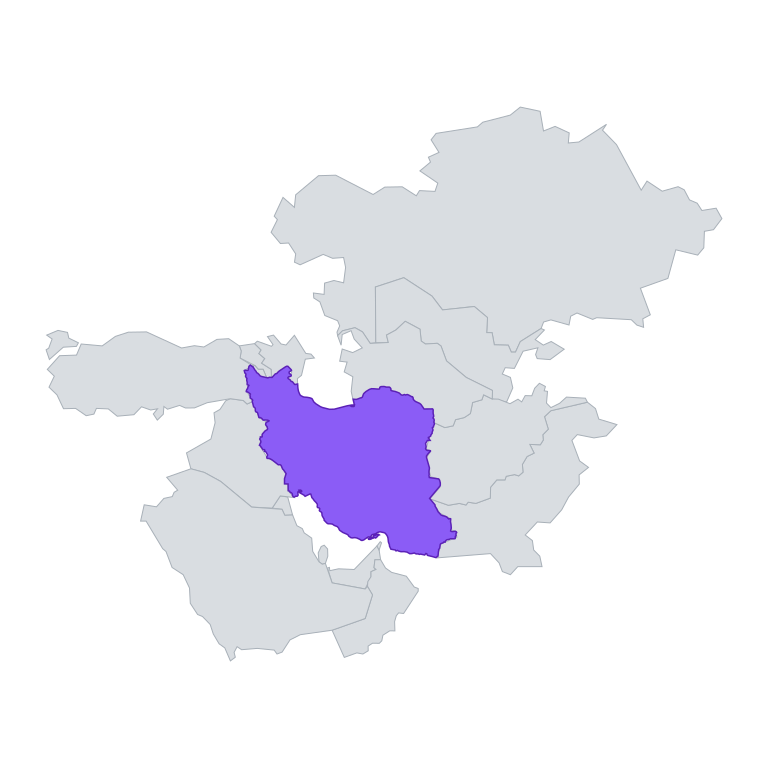 Iran highlighted, Mercator projection
{"feature_id": "IRN", "entity_name": "Iran", "entity_type": "country or territory", "adm_level": 0, "iso_a3": "IRN", "parent_name": "Asia", "parent_adm1": "", "projection": "mercator", "projection_center": [53.162, 32.435], "detail": "fine", "context": "with_neighbors", "style": "filled", "palette": "violet", "viewbox_px": 768, "rotation_deg": 0, "n_neighbors": 14, "source": "natural_earth", "source_scale": "50m", "svg_char_len": 13880}
<svg xmlns="http://www.w3.org/2000/svg" viewBox="0 0 768 768"><path d="M721.9,218.6L713.5,229.7L704.4,231.3L703.8,247.8L697.7,255.1L675.8,249.8L667.9,278.4L640.4,288.2L650.3,314.8L642.8,318.8L643.6,327.3L636.9,325.1L631.3,319.7L596.7,317.7L592.7,319.4L577.0,313.0L570.7,316.2L569.0,325.0L550.9,319.9L543.6,322.0L541.1,328.5L520.3,341.6L515.5,352.1L511.3,352.1L508.3,345.2L494.3,344.8L492.1,332.7L486.7,332.6L487.5,317.6L474.3,306.5L442.5,309.9L432.0,296.1L403.8,277.7L375.4,287.0L375.8,342.7L370.2,343.4L362.5,331.9L355.0,327.7L342.5,330.8L337.6,335.7L337.0,332.1L339.7,325.9L337.6,320.7L324.8,315.5L319.9,301.9L313.8,298.0L313.4,293.0L324.1,294.4L324.6,283.1L333.9,280.5L343.6,282.8L345.6,267.4L343.6,257.5L332.6,258.3L323.2,254.4L300.1,264.8L294.5,262.2L295.7,253.9L288.6,243.0L280.4,243.5L271.1,232.3L277.4,219.6L274.2,216.2L283.0,197.4L294.4,207.4L295.7,194.8L318.5,175.7L335.7,175.2L373.1,194.5L384.8,187.1L402.2,186.8L416.3,195.8L419.5,190.6L435.0,191.4L437.8,183.1L419.9,170.9L430.5,162.1L428.4,157.2L439.0,152.4L431.1,139.8L436.1,133.4L477.4,126.9L482.8,122.2L510.3,115.1L520.3,107.1L540.1,111.3L543.5,131.0L555.1,126.4L569.2,132.9L568.3,143.0L578.9,142.0L606.5,124.3L602.5,130.2L616.5,144.6L641.2,190.2L647.0,181.1L662.2,191.2L678.1,186.7L684.2,189.8L689.5,199.9L697.2,203.2L701.9,210.5L716.1,208.2L721.9,218.6Z" fill="#d9dde1" stroke="#a8b0b8" stroke-width="1"/><path d="M375.8,342.7L375.4,287.0L403.8,277.7L432.0,296.1L442.5,309.9L474.3,306.5L487.5,317.6L486.7,332.6L492.1,332.7L494.3,344.8L508.3,345.2L511.3,352.1L515.5,352.1L520.3,341.6L541.1,328.5L544.4,330.0L535.2,339.6L543.3,345.1L551.2,341.5L564.2,349.2L550.1,359.6L537.2,358.6L535.6,354.6L537.9,347.8L523.1,351.2L514.4,368.4L505.2,367.7L502.3,374.0L510.4,377.4L512.8,387.9L506.6,402.0L492.2,399.0L492.5,390.5L466.3,377.5L446.5,360.9L441.0,346.0L437.3,343.3L425.4,344.0L421.2,341.0L420.0,329.2L405.2,321.3L395.9,330.0L386.5,335.1L388.3,342.5L375.8,342.7Z" fill="#d9dde1" stroke="#a8b0b8" stroke-width="1"/><path d="M327.5,568.0L329.4,567.4L329.8,570.7L338.5,568.8L354.2,569.5L377.0,545.9L379.1,550.1L380.6,559.7L374.9,559.8L374.0,567.7L376.0,569.4L371.0,571.7L371.0,576.7L365.2,589.0L332.1,582.9L327.5,568.0Z" fill="#d9dde1" stroke="#a8b0b8" stroke-width="1"/><path d="M319.0,561.8L318.2,552.9L321.2,546.5L324.2,545.2L327.6,549.0L327.8,556.2L325.4,563.4L322.3,564.2L319.0,561.8Z" fill="#d9dde1" stroke="#a8b0b8" stroke-width="1"/><path d="M287.7,497.0L292.6,515.0L284.8,515.3L282.0,509.3L272.2,508.1L280.3,495.9L287.7,497.0Z" fill="#d9dde1" stroke="#a8b0b8" stroke-width="1"/><path d="M190.9,468.8L186.5,452.9L210.9,439.0L215.1,422.8L214.0,412.8L220.0,409.4L225.7,400.8L230.4,398.7L243.3,400.5L247.1,404.0L252.4,401.6L259.6,418.0L266.8,422.1L267.6,430.0L262.1,434.6L259.5,445.1L267.1,457.6L280.7,464.8L286.3,474.7L284.5,484.0L288.0,484.0L288.2,490.9L294.3,497.6L280.3,495.9L272.2,508.1L251.7,507.1L220.6,481.4L204.2,472.4L190.9,468.8Z" fill="#d9dde1" stroke="#a8b0b8" stroke-width="1"/><path d="M367.5,586.5L367.8,581.6L371.0,576.7L371.0,571.7L376.0,569.4L374.0,567.7L374.9,559.8L380.6,559.7L385.5,568.0L391.7,572.4L406.3,576.2L414.2,587.0L418.2,588.5L418.2,591.2L403.6,613.5L398.6,612.9L396.3,615.7L394.6,621.6L394.9,630.9L389.8,630.8L382.9,635.2L381.8,640.8L379.3,643.3L372.5,643.2L368.1,646.1L368.2,650.8L362.9,654.0L356.8,652.9L344.3,657.4L332.1,630.2L365.2,618.5L372.5,594.9L367.5,586.5ZM379.1,550.1L377.0,545.9L380.2,541.7L381.5,542.8L379.1,550.1Z" fill="#d9dde1" stroke="#a8b0b8" stroke-width="1"/><path d="M616.9,424.6L606.3,435.9L594.0,437.9L577.3,434.6L571.9,440.4L579.6,460.9L588.5,467.4L579.1,474.9L579.3,484.1L568.6,497.0L561.7,509.8L550.1,522.9L537.3,522.0L525.2,535.0L532.4,540.6L533.7,550.0L539.8,556.2L542.0,566.6L517.8,566.6L510.4,574.7L502.4,571.6L499.1,562.9L490.5,553.6L436.8,557.9L441.0,543.7L456.9,537.3L455.9,531.6L450.7,529.6L450.4,518.6L439.8,513.1L429.9,498.8L448.4,505.3L459.4,503.4L466.0,505.0L468.2,502.2L475.9,503.4L490.3,498.1L490.6,487.2L496.8,479.9L505.0,479.9L506.2,476.3L514.6,474.6L518.7,475.9L523.0,472.2L522.4,464.4L527.1,456.5L534.1,453.1L529.8,444.4L540.3,444.8L543.3,440.0L542.8,434.8L548.3,429.2L544.5,416.7L550.9,410.7L587.4,402.2L595.5,408.6L598.8,419.1L616.9,424.6Z" fill="#d9dde1" stroke="#a8b0b8" stroke-width="1"/><path d="M492.2,399.0L498.3,399.1L510.0,403.7L518.0,399.2L521.7,401.9L525.2,395.6L531.8,395.8L534.7,388.2L539.4,383.3L545.4,386.5L544.2,390.8L547.5,391.4L546.5,403.1L550.9,407.6L559.6,403.3L566.5,397.1L585.4,398.2L587.4,402.2L550.9,410.7L544.5,416.7L548.3,429.2L542.8,434.8L543.3,440.0L540.3,444.8L529.8,444.4L534.1,453.1L527.1,456.5L522.4,464.4L523.0,472.2L518.7,475.9L514.6,474.6L506.2,476.3L505.0,479.9L496.8,479.9L490.6,487.2L490.3,498.1L475.9,503.4L468.2,502.2L466.0,505.0L459.4,503.4L448.4,505.3L429.9,498.8L439.9,487.2L439.0,479.0L430.7,476.8L426.2,458.1L430.9,450.9L426.1,448.9L433.6,422.5L444.9,427.6L453.2,425.8L455.5,419.7L464.2,417.6L470.4,413.5L472.6,402.5L481.9,399.8L483.6,394.8L492.2,399.0Z" fill="#d9dde1" stroke="#a8b0b8" stroke-width="1"/><path d="M337.6,335.7L342.5,330.8L355.0,327.7L362.5,331.9L370.2,343.4L388.3,342.5L386.5,335.1L395.9,330.0L405.2,321.3L420.0,329.2L421.2,341.0L425.4,344.0L437.3,343.3L441.0,346.0L446.5,360.9L466.3,377.5L492.5,390.5L492.2,399.0L483.6,394.8L481.9,399.8L472.6,402.5L470.4,413.5L464.2,417.6L455.5,419.7L453.2,425.8L444.9,427.6L433.6,422.5L432.7,411.0L424.5,410.5L411.9,398.3L403.0,396.8L390.9,389.7L383.0,388.4L378.2,391.0L370.8,390.6L363.0,398.6L353.3,401.2L351.2,391.4L352.8,376.7L344.2,371.9L347.1,362.1L339.7,361.2L342.2,349.0L352.6,352.6L362.3,347.9L354.2,339.1L351.1,330.7L342.2,334.5L341.1,345.2L337.6,335.7Z" fill="#d9dde1" stroke="#a8b0b8" stroke-width="1"/><path d="M271.5,379.3L267.5,379.7L263.1,369.3L258.2,369.3L254.9,365.5L240.1,358.1L241.2,351.0L239.3,345.9L254.6,343.6L261.1,350.0L258.9,353.6L264.8,358.6L261.6,363.2L271.3,369.4L271.5,379.3Z" fill="#d9dde1" stroke="#a8b0b8" stroke-width="1"/><path d="M252.4,401.6L247.1,404.0L243.3,400.5L230.4,398.7L207.2,402.7L194.5,407.9L185.5,408.0L179.6,405.4L167.5,409.2L163.9,406.5L163.3,414.2L157.3,420.1L153.3,414.0L157.5,408.8L150.7,410.0L141.5,406.8L133.9,414.7L117.2,416.2L108.3,408.9L96.4,408.4L93.9,414.1L86.2,415.7L75.6,408.4L63.5,408.7L57.0,394.9L49.0,387.2L54.3,376.2L47.3,369.4L59.6,355.7L76.5,355.1L81.2,344.0L102.2,345.9L115.4,336.4L128.3,332.2L146.5,331.9L181.6,348.0L194.4,345.7L203.9,347.0L216.9,339.4L228.7,338.7L239.3,345.9L241.2,351.0L240.1,358.1L252.6,365.8L245.1,369.9L248.5,386.2L246.4,390.5L252.4,401.6ZM46.7,335.1L58.0,330.4L67.5,332.4L68.8,338.1L78.4,342.8L76.4,346.4L63.3,347.2L49.4,359.5L46.1,349.8L48.7,348.2L52.1,339.0L46.7,335.1Z" fill="#d9dde1" stroke="#a8b0b8" stroke-width="1"/><path d="M267.5,336.6L273.5,335.1L281.1,344.0L286.0,345.0L294.4,335.3L305.8,353.4L311.0,354.1L314.4,358.0L305.3,359.2L301.5,375.3L297.4,378.6L297.7,385.6L295.0,386.3L288.1,378.9L291.9,371.9L288.7,367.7L284.5,368.8L271.5,379.3L271.3,369.4L261.6,363.2L264.8,358.6L258.9,353.6L261.1,350.0L254.6,343.6L257.3,341.2L271.5,346.3L273.0,344.6L267.5,336.6ZM267.5,379.7L260.0,377.8L254.4,371.2L252.6,365.8L254.9,365.5L258.2,369.3L263.1,369.3L267.5,379.7Z" fill="#d9dde1" stroke="#a8b0b8" stroke-width="1"/><path d="M144.2,504.8L156.5,506.8L163.9,498.4L172.3,496.6L174.1,492.3L177.7,490.2L166.7,477.3L190.9,468.8L204.2,472.4L220.6,481.4L251.7,507.1L282.0,509.3L284.8,515.3L292.6,515.0L296.9,525.7L302.3,528.6L304.2,532.9L311.7,538.1L312.7,551.4L319.0,561.8L322.3,564.2L325.4,563.4L332.1,582.9L365.2,589.0L367.5,586.5L372.5,594.9L365.2,618.5L332.1,630.2L300.3,634.7L290.0,639.9L282.1,652.1L277.0,654.0L274.2,650.1L257.3,648.4L241.6,649.7L237.1,646.7L234.1,652.4L235.3,657.2L230.4,660.9L224.8,647.9L219.1,643.8L213.3,634.0L210.2,624.5L202.5,616.5L197.6,614.5L190.3,603.3L189.5,588.0L183.2,574.7L172.1,567.5L166.0,551.5L162.7,548.7L146.1,521.1L140.6,521.1L144.2,504.8Z" fill="#d9dde1" stroke="#a8b0b8" stroke-width="1"/><path d="M353.2,399.2L356.3,399.4L357.4,399.1L360.5,397.9L361.2,397.8L361.9,397.5L362.4,397.0L363.5,394.0L364.1,393.2L366.0,391.5L369.4,389.4L371.5,388.7L374.4,388.8L376.7,389.0L378.7,389.1L379.2,389.0L379.5,388.8L379.8,387.4L380.2,387.0L381.0,386.6L383.6,386.5L384.7,386.6L386.2,387.1L389.3,387.1L390.1,387.6L390.6,388.3L390.9,388.8L390.9,390.2L391.1,390.5L391.9,390.8L393.0,391.1L395.0,391.4L398.0,392.5L399.4,393.1L401.1,394.8L402.5,395.2L403.0,395.1L404.3,394.5L405.4,395.0L407.2,394.5L408.6,395.0L411.9,396.8L412.3,396.7L412.6,396.9L413.1,397.8L413.3,399.4L414.3,400.5L415.5,401.5L419.7,403.4L421.0,404.5L424.1,409.0L432.6,408.9L433.2,409.9L433.1,411.8L433.2,413.8L433.6,415.1L433.7,416.4L433.3,417.0L433.0,418.0L433.6,418.5L434.1,419.5L434.2,421.0L433.9,421.7L433.9,422.3L434.2,422.9L434.4,423.8L434.4,424.3L434.0,424.9L433.5,426.4L433.4,427.0L432.4,427.6L432.5,428.4L433.0,430.0L432.1,432.3L432.2,433.2L430.8,435.1L430.8,435.9L429.1,437.2L428.4,437.4L428.3,437.7L428.4,438.1L428.7,438.3L430.1,440.4L427.4,440.5L425.6,443.4L426.1,446.7L425.6,448.5L425.9,449.4L426.6,450.1L427.5,450.5L429.2,450.5L430.3,450.7L430.4,451.2L428.2,453.6L426.5,456.0L426.5,457.1L426.6,457.9L429.4,467.7L429.4,468.7L429.0,471.1L429.0,472.5L429.2,474.4L429.0,475.3L429.3,477.5L429.7,477.6L438.6,478.9L439.6,480.2L440.3,482.9L440.3,485.0L440.0,486.0L429.6,498.4L434.8,504.6L435.1,505.1L435.0,506.0L436.9,509.2L437.6,510.9L438.2,511.9L441.1,515.0L442.7,515.7L443.8,515.9L446.2,516.7L447.1,517.3L448.6,518.9L450.2,518.7L450.6,518.7L450.7,518.8L450.7,519.3L450.5,521.8L451.0,524.4L451.3,528.1L450.8,529.9L450.6,531.0L451.3,531.4L452.4,531.6L455.2,531.2L456.2,531.7L456.7,532.4L456.7,532.7L456.0,533.3L455.9,534.3L456.1,535.8L456.0,536.0L455.4,536.3L455.2,538.4L455.1,538.6L454.4,538.8L451.0,538.7L450.6,538.7L449.4,539.3L447.2,539.7L446.6,539.9L445.8,540.6L445.2,541.4L445.1,542.1L443.7,542.1L443.3,542.7L440.6,543.8L440.2,544.6L439.6,548.5L438.7,549.4L438.6,549.7L438.7,550.4L438.4,551.7L438.1,555.3L437.8,556.4L437.2,556.4L436.7,557.0L435.9,557.6L432.5,556.6L427.6,555.4L427.1,554.8L426.8,553.8L425.9,553.5L424.7,555.0L420.6,554.1L419.2,554.4L418.3,553.9L416.1,553.9L414.3,553.0L411.8,553.6L409.8,553.7L407.0,552.1L404.1,551.6L401.7,551.7L400.5,551.6L398.5,551.0L397.5,550.4L396.0,550.9L395.3,550.0L390.9,549.2L389.5,546.2L389.4,544.7L388.4,542.0L388.0,538.2L387.6,536.8L387.0,535.5L386.2,534.4L385.2,533.2L384.2,532.7L380.1,531.8L379.3,531.9L377.5,532.5L375.5,533.8L372.3,534.6L371.7,535.1L370.9,536.4L369.8,537.1L368.4,536.9L366.9,537.7L364.0,539.8L362.5,540.4L361.3,540.4L359.9,539.4L356.9,538.0L354.9,537.6L352.2,537.9L350.9,537.7L348.7,536.1L348.1,535.0L346.9,534.2L342.9,532.5L339.7,530.3L339.1,529.4L338.7,528.2L337.3,526.6L334.2,525.4L332.4,524.1L330.3,523.8L328.4,523.8L327.6,523.6L326.8,523.0L324.1,520.2L324.1,519.1L322.5,516.4L322.1,515.5L321.8,512.8L321.3,512.1L319.6,511.0L319.3,510.2L319.7,509.3L319.7,508.5L318.8,507.8L317.5,507.5L317.2,506.6L317.4,505.0L317.2,504.0L316.0,502.4L314.3,500.7L312.6,498.3L311.9,497.7L310.8,494.1L309.9,494.0L305.1,496.3L303.8,495.0L299.6,492.7L299.0,491.9L299.6,491.6L300.1,491.5L301.1,491.9L301.7,491.4L301.5,490.6L300.5,490.1L299.0,490.2L299.4,490.9L298.1,491.6L297.8,492.5L298.1,495.1L297.6,495.9L297.2,496.2L295.4,496.3L294.6,497.0L294.0,497.1L292.8,496.2L292.4,495.3L292.3,494.6L292.4,494.3L292.2,493.7L291.6,493.0L291.1,492.6L290.5,492.6L290.0,492.1L289.6,491.3L288.7,490.8L288.2,490.7L288.1,484.0L284.5,483.8L284.5,478.7L286.1,473.6L283.5,469.8L282.6,469.0L281.1,465.4L280.6,465.0L280.1,464.7L278.3,464.8L272.2,460.0L270.1,458.8L269.2,458.5L267.2,458.4L267.0,458.2L266.8,457.5L266.8,456.7L267.5,455.6L267.6,454.8L266.2,452.4L265.7,451.7L264.5,451.4L264.8,450.7L264.8,450.2L264.6,449.8L264.3,449.6L264.0,449.6L263.1,449.9L260.1,445.6L259.4,445.2L260.7,442.6L260.9,441.8L260.7,440.8L259.7,439.1L260.4,437.5L260.4,436.9L261.9,437.0L262.2,436.5L262.2,434.6L262.4,434.0L265.1,430.9L267.4,429.5L267.6,428.6L267.2,427.4L267.2,426.9L266.1,425.5L265.7,424.8L265.6,424.2L265.9,423.0L266.4,422.2L267.9,421.6L268.8,421.2L269.0,420.8L267.8,420.2L265.3,420.0L263.5,420.1L262.9,419.9L262.0,418.7L261.1,418.0L260.3,417.6L259.4,417.7L258.9,417.5L257.6,412.9L257.2,412.3L256.2,412.1L255.5,411.3L255.3,410.5L255.3,408.7L255.1,408.2L254.7,407.6L253.6,406.8L252.7,403.1L252.3,402.1L252.3,401.0L252.7,400.3L252.6,400.0L251.8,399.1L250.2,398.0L250.3,396.2L249.9,394.9L250.4,394.1L250.1,393.7L248.3,392.5L247.6,391.9L246.4,391.8L246.2,391.4L246.4,390.6L246.8,389.6L247.5,388.6L247.7,388.0L248.1,386.5L248.9,385.6L248.9,385.4L248.6,385.1L247.4,384.8L247.2,384.7L247.1,384.2L247.2,382.3L246.7,380.3L246.9,378.3L246.5,378.0L245.8,376.9L245.5,376.1L245.8,375.2L245.9,374.0L244.8,372.9L244.5,371.6L244.2,370.6L244.4,370.4L245.3,370.2L247.6,370.4L248.2,370.0L248.9,366.5L249.6,365.6L250.4,365.1L252.5,366.7L252.9,366.7L254.9,370.0L255.7,370.9L256.2,371.6L256.5,372.4L257.0,372.9L257.7,373.2L258.6,374.0L260.2,375.9L261.3,376.4L267.8,377.9L269.4,377.3L272.1,377.4L275.3,373.9L276.8,373.5L277.7,372.4L279.0,371.2L280.7,370.0L285.5,366.8L286.8,366.2L287.9,366.3L291.1,369.6L291.5,370.3L290.8,371.0L289.5,371.6L289.2,372.0L289.1,372.6L289.2,373.1L289.4,373.6L291.0,374.6L291.2,375.2L291.2,375.7L291.0,376.1L290.7,376.3L288.5,376.9L287.9,377.7L288.0,378.1L288.2,378.6L290.2,379.9L290.9,381.1L291.4,381.5L292.2,381.6L292.6,381.9L294.5,384.3L295.0,384.5L297.6,384.0L297.9,388.1L298.2,389.9L298.6,391.6L299.9,394.7L300.9,395.7L303.1,396.8L304.2,397.1L307.0,397.3L309.8,397.8L311.5,398.4L312.0,398.7L312.4,399.3L313.8,401.9L315.9,403.8L320.3,406.6L322.4,407.5L329.5,409.3L334.2,409.2L347.2,405.8L351.6,405.0L353.2,405.0L352.2,405.6L350.6,406.0L351.6,406.5L353.8,406.5L354.3,406.1L354.4,405.4L353.2,399.2ZM378.3,535.3L377.2,536.7L375.7,538.0L375.0,537.6L374.5,537.6L373.4,538.1L372.6,538.2L371.2,539.0L369.8,539.4L368.6,539.3L368.4,538.7L369.0,538.6L371.0,537.9L373.6,536.6L373.8,536.1L373.4,535.1L373.5,534.9L375.2,535.4L377.0,534.5L378.5,534.3L379.3,534.9L378.3,535.3Z" fill="#8b5cf6" stroke="#5b21b6" stroke-width="1.5"/></svg>